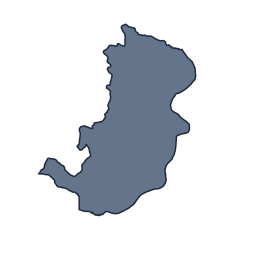 Kap Choeng, Surin, Thailand (Robinson projection), rotated 121°
{"feature_id": "78962969B82717955014572", "entity_name": "Kap Choeng", "entity_type": "district", "adm_level": 2, "iso_a3": "THA", "parent_name": "Thailand", "parent_adm1": "Surin", "projection": "robinson", "projection_center": [103.538, 14.468], "detail": "fine", "context": "isolated", "style": "filled", "palette": "slate", "viewbox_px": 256, "rotation_deg": 121, "n_neighbors": 0, "source": "geoboundaries", "source_scale": "gbopen_adm2", "svg_char_len": 5793}
<svg xmlns="http://www.w3.org/2000/svg" viewBox="0 0 256 256"><g transform="rotate(121 128 128)"><path d="M213.1,180.9L212.6,179.8L211.1,177.0L210.3,174.5L209.0,171.9L209.1,171.0L209.7,168.3L210.5,164.4L210.9,163.9L212.3,162.8L212.6,162.4L214.3,158.8L214.5,158.3L214.4,157.6L213.9,156.4L213.2,154.9L213.0,153.2L212.4,153.0L211.7,149.5L211.6,148.8L211.9,146.1L211.5,144.5L211.5,142.4L211.3,142.0L210.4,141.0L210.5,140.0L210.5,138.9L210.7,138.2L210.5,137.9L210.8,137.6L210.5,137.1L210.7,136.7L211.4,136.2L211.6,135.5L211.9,135.3L212.0,134.7L212.2,134.4L223.1,127.8L222.5,126.0L222.3,123.9L221.9,122.9L221.6,122.5L221.5,121.7L221.1,121.2L220.7,120.1L220.3,119.9L219.5,118.4L219.5,116.8L219.6,116.3L219.5,116.2L219.7,115.9L219.6,115.7L219.0,115.6L218.6,115.3L218.7,115.0L218.7,114.3L218.9,114.3L219.2,114.4L219.4,114.3L219.2,113.1L219.4,112.3L219.4,111.4L219.0,110.1L218.5,109.7L217.9,109.5L218.4,109.0L218.4,108.6L218.2,108.5L218.1,108.1L217.9,107.9L217.8,107.6L216.9,107.4L216.9,106.9L216.6,106.9L216.4,106.6L215.7,106.7L215.5,105.8L215.2,105.1L212.5,104.6L211.5,104.2L210.7,103.4L210.3,102.7L209.8,100.8L209.4,98.5L209.0,96.9L207.9,94.7L206.4,92.7L204.8,91.4L202.0,89.5L197.0,86.6L196.2,86.0L192.3,84.7L191.4,84.1L190.6,83.9L187.9,83.6L183.2,83.3L179.7,82.7L178.2,82.3L173.4,79.4L171.4,77.7L166.7,74.0L164.6,71.0L163.5,69.9L162.0,68.9L159.8,67.9L158.7,67.6L158.3,67.8L157.4,67.8L157.2,67.6L156.6,67.5L153.3,68.3L151.9,69.2L150.0,71.0L148.9,71.5L148.9,71.9L148.5,71.9L148.4,71.8L146.2,74.0L144.9,74.6L142.9,75.4L140.2,75.9L138.6,75.9L132.4,74.3L131.4,74.4L129.6,74.7L127.8,74.7L127.0,74.8L122.4,76.1L118.7,77.8L114.4,80.0L113.6,80.3L112.3,81.1L110.7,81.9L109.6,81.9L108.8,81.7L108.2,81.2L108.0,81.3L107.7,80.6L107.1,80.2L105.6,79.2L105.3,78.7L105.0,78.6L104.7,78.2L103.6,76.8L103.1,76.8L103.0,76.0L101.4,74.8L100.6,74.4L99.4,74.3L98.1,74.5L96.5,75.3L94.3,76.6L93.5,77.3L93.0,78.2L92.4,81.4L92.1,85.7L91.9,87.7L91.7,88.6L90.7,91.0L90.5,92.0L90.4,93.5L90.6,97.5L90.4,99.1L90.1,100.1L88.6,101.6L86.9,103.1L86.4,103.4L85.4,103.7L81.9,104.5L80.4,104.8L79.3,104.8L76.8,104.4L75.4,104.5L74.2,104.4L73.4,104.1L72.1,102.5L71.2,101.9L67.4,99.8L63.7,98.2L57.8,96.5L55.0,96.3L53.0,95.7L51.7,95.7L49.2,96.5L48.7,96.7L42.7,101.1L41.2,102.6L38.6,106.6L38.1,107.4L37.0,112.7L36.5,114.4L35.2,116.9L34.3,119.4L33.8,120.2L33.2,121.6L32.9,122.0L33.4,122.9L33.8,123.0L33.9,123.5L34.1,123.9L34.1,124.8L34.2,125.1L33.9,125.1L33.9,125.3L34.3,125.3L34.3,125.7L34.6,125.8L34.8,126.5L34.7,127.1L34.9,127.3L34.8,127.6L35.3,128.3L35.2,129.0L35.3,129.1L35.7,129.2L35.7,129.6L35.9,129.7L36.0,130.3L36.3,130.5L36.3,130.9L36.4,131.1L36.4,131.5L36.2,131.6L36.2,132.0L35.9,132.3L36.3,133.4L36.4,133.8L36.0,134.2L35.9,134.4L35.8,135.7L35.9,136.1L36.4,136.3L36.9,137.2L36.9,137.7L36.6,138.7L36.3,139.1L35.1,140.0L34.9,140.5L34.7,142.2L35.0,143.1L36.1,144.2L36.6,145.1L36.6,145.9L37.1,147.0L37.2,147.5L37.1,148.4L37.3,148.7L37.4,152.0L37.3,153.5L37.4,155.2L37.6,156.0L38.5,157.6L39.3,158.6L39.5,159.2L39.6,160.6L39.9,161.6L41.2,163.3L41.3,164.3L41.8,165.7L42.5,167.0L42.3,167.5L41.9,167.9L41.4,168.7L41.5,170.3L41.1,171.1L40.5,172.0L39.6,172.9L39.0,173.5L38.9,173.8L39.3,174.3L40.1,177.5L40.8,179.5L40.6,181.1L40.2,183.0L40.5,183.7L41.6,184.3L42.6,185.2L43.9,185.8L44.5,185.8L45.7,185.4L45.7,185.5L46.0,184.4L46.9,183.4L47.6,182.4L48.8,179.7L49.5,178.8L51.1,177.5L52.8,176.5L54.4,175.8L57.7,173.6L58.6,173.3L59.0,173.3L59.5,173.3L59.9,173.7L60.2,174.5L60.6,176.5L60.6,179.4L60.8,180.0L61.3,180.3L62.1,180.2L62.5,179.8L62.9,179.8L63.2,179.8L63.7,180.0L64.1,180.6L64.9,183.0L66.3,186.0L67.4,186.5L68.9,186.5L70.7,186.7L72.0,187.2L74.3,188.4L74.8,188.5L75.4,188.3L75.9,187.9L76.4,187.1L76.7,186.1L76.9,183.6L77.7,181.8L77.9,181.4L78.5,181.1L81.2,180.4L81.8,179.8L82.3,178.7L82.6,176.2L82.8,175.5L82.9,175.2L84.5,174.6L85.1,174.9L85.8,175.8L86.4,176.1L87.5,176.2L87.9,176.1L88.3,175.8L89.9,173.5L90.2,172.4L90.3,170.0L90.7,169.2L90.9,169.0L92.6,168.2L95.4,167.2L97.5,166.9L100.1,165.6L100.4,165.7L100.8,165.9L101.2,166.9L102.1,167.6L103.0,167.9L103.7,167.8L104.8,166.6L105.0,165.7L104.8,164.2L105.3,162.7L105.7,162.0L106.1,161.8L108.1,160.9L108.8,160.3L109.8,159.2L112.1,158.1L113.9,157.5L116.3,157.4L118.8,156.9L119.2,156.7L121.2,154.5L121.9,154.1L122.4,154.1L123.0,154.5L123.8,154.5L125.0,154.1L125.5,154.0L126.0,154.2L127.1,154.8L128.0,155.0L128.4,154.8L129.5,153.6L129.8,153.6L130.5,152.9L131.2,152.8L132.6,153.1L134.0,153.0L135.3,153.5L136.5,154.2L136.8,154.9L138.3,156.1L140.5,159.0L141.0,159.4L143.0,159.0L143.3,159.1L144.2,159.6L144.8,159.6L145.4,159.3L146.4,158.2L146.7,158.2L147.0,158.5L147.4,159.8L147.8,161.6L148.0,163.7L148.6,164.6L148.4,165.5L148.6,166.5L148.9,166.8L150.0,167.7L150.9,168.8L151.3,169.1L152.3,169.3L154.0,169.2L155.5,168.2L156.9,166.4L157.6,165.9L158.9,165.3L160.6,164.3L162.7,163.7L164.7,162.6L166.4,161.9L167.1,161.5L167.6,161.6L168.7,162.1L169.1,162.1L169.2,161.9L169.7,162.2L170.0,162.2L170.8,159.9L171.5,158.6L171.6,157.8L171.5,157.3L171.1,156.9L170.3,156.6L170.0,156.2L168.4,156.0L166.8,155.2L166.2,155.1L164.3,155.3L163.7,155.1L164.4,153.5L165.0,151.9L165.2,151.6L167.6,149.0L168.1,148.8L168.8,148.2L169.1,147.3L169.4,147.0L170.5,146.2L171.6,145.7L173.0,146.2L174.6,147.1L176.7,147.5L177.6,147.9L179.5,147.8L183.4,148.4L185.0,147.5L187.1,146.0L188.7,145.8L189.5,145.9L190.4,146.1L193.2,147.5L196.6,148.5L197.2,149.4L197.6,150.5L197.8,153.5L197.7,154.7L197.1,156.8L196.9,158.8L196.6,159.8L196.2,160.7L194.4,162.3L193.7,163.8L193.7,164.3L194.0,165.2L193.9,167.2L193.3,168.9L193.4,170.8L193.2,171.4L192.6,172.3L192.4,174.1L192.7,175.5L194.3,178.8L194.4,179.8L195.1,180.7L195.7,181.1L196.1,181.2L197.7,180.8L199.0,181.0L201.2,180.7L202.8,180.4L204.7,179.6L205.5,179.4L206.5,179.4L207.8,180.3L208.7,180.7L210.0,180.8L212.1,180.6L213.1,180.9Z" fill="#64748b" stroke="#1e293b" stroke-width="1.5"/></g></svg>